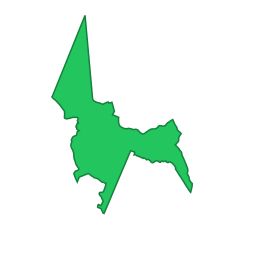 outline of Kisumu East, Nyanza, Kenya, rotated 112°
{"feature_id": "3690345B94932158837865", "entity_name": "Kisumu East", "entity_type": "district", "adm_level": 2, "iso_a3": "KEN", "parent_name": "Kenya", "parent_adm1": "Nyanza", "projection": "orthographic", "projection_center": [34.812, -0.082], "detail": "fine", "context": "isolated", "style": "filled", "palette": "green", "viewbox_px": 256, "rotation_deg": 112, "n_neighbors": 0, "source": "geoboundaries", "source_scale": "gbopen_adm2", "svg_char_len": 5597}
<svg xmlns="http://www.w3.org/2000/svg" viewBox="0 0 256 256"><g transform="rotate(112 128 128)"><path d="M103.4,89.7L104.1,90.3L104.8,90.7L105.4,91.2L106.0,91.6L106.6,92.0L107.2,92.3L107.9,92.8L108.6,93.3L109.2,93.6L110.0,93.9L110.8,94.0L111.7,94.3L112.3,94.9L112.9,95.7L113.3,96.4L113.4,97.2L113.5,98.1L113.8,99.1L114.1,99.8L114.7,100.3L115.3,100.6L116.3,100.7L117.2,101.2L117.8,101.8L118.5,102.3L118.8,102.8L119.1,103.4L119.4,104.2L119.6,104.9L120.0,105.6L120.5,106.2L121.1,106.8L121.6,107.3L122.1,107.7L122.9,108.2L123.8,108.7L124.7,109.4L125.6,109.9L126.3,110.3L127.0,110.7L127.8,111.5L128.1,112.5L128.0,113.2L127.8,113.9L127.8,114.6L127.7,115.2L127.3,115.9L126.9,116.6L126.5,117.4L126.2,118.0L126.1,118.9L126.2,119.8L126.5,120.9L127.1,121.7L127.5,122.5L127.5,123.1L127.5,124.0L127.6,124.8L127.7,125.4L127.9,126.3L128.1,127.3L128.6,128.1L129.1,128.9L129.4,129.6L129.7,130.3L129.8,131.2L129.8,132.2L129.8,133.3L129.7,134.3L129.4,135.6L128.9,136.7L128.1,137.5L127.4,138.2L126.4,138.7L125.5,139.2L124.3,139.7L123.3,140.1L122.3,140.5L121.6,140.6L121.5,147.4L117.7,146.8L110.2,152.5L112.1,155.0L111.3,155.9L112.2,157.3L113.9,158.9L114.4,159.2L114.9,159.9L115.5,160.2L115.5,160.9L115.4,161.9L115.5,163.0L115.5,164.1L115.7,165.1L115.9,166.1L115.9,167.1L115.8,168.5L115.7,169.3L115.5,170.2L115.0,171.0L114.1,171.8L39.7,210.0L126.9,210.0L127.7,210.2L128.1,209.5L128.4,208.9L128.7,208.2L129.0,207.4L129.2,206.4L129.6,205.3L130.0,204.3L132.1,200.0L136.0,193.5L136.7,193.0L137.8,192.5L138.6,192.1L139.3,191.8L140.2,191.5L141.3,191.2L142.1,190.9L142.7,190.2L142.7,189.2L142.5,188.3L142.1,187.6L141.7,187.0L141.3,186.5L140.9,185.8L140.5,185.3L140.1,184.8L139.6,184.2L139.3,183.7L138.9,183.2L138.5,182.4L138.1,181.4L137.8,180.6L137.5,179.7L137.1,178.4L137.7,177.9L138.5,177.6L139.3,177.7L140.2,177.7L140.8,176.9L141.5,176.9L141.7,176.2L142.2,176.0L142.1,176.7L142.7,176.6L143.3,176.7L144.0,176.8L144.5,176.5L145.2,176.9L145.9,176.9L146.7,176.4L147.0,175.6L147.6,175.4L148.3,174.9L148.4,174.0L148.9,173.1L148.9,172.4L149.4,172.8L149.9,173.5L150.7,173.7L151.7,173.4L152.5,173.3L153.2,173.1L153.8,173.1L154.3,173.3L154.9,174.1L155.6,174.6L156.2,175.3L156.8,175.7L157.5,175.8L158.3,176.0L159.0,176.0L159.7,176.1L160.3,176.0L160.8,175.8L161.4,175.1L162.2,174.9L163.1,174.9L164.1,174.8L164.7,174.7L165.4,174.5L166.2,174.1L166.9,173.5L167.7,172.8L168.4,172.0L169.1,171.1L169.9,170.4L171.0,169.5L172.0,168.8L173.3,168.1L174.7,167.5L175.3,167.2L176.0,166.8L176.7,166.3L177.3,165.8L178.0,165.2L178.7,164.6L179.2,164.2L179.7,163.8L180.3,163.3L181.2,162.5L181.7,161.9L182.1,161.4L182.5,160.8L182.9,160.3L183.4,159.5L183.8,158.7L184.4,158.3L185.0,158.3L185.6,158.5L186.4,159.0L187.1,159.7L187.3,160.3L187.8,160.7L188.7,160.6L189.3,160.9L190.0,161.2L190.9,160.9L194.3,157.8L197.1,154.8L191.8,154.8L185.4,148.1L185.0,147.2L185.2,146.6L185.5,145.6L185.8,144.9L186.0,144.2L186.2,143.2L186.2,142.1L186.5,141.4L186.8,140.9L186.7,140.2L186.5,139.4L186.5,138.3L186.4,137.2L186.5,136.4L186.7,135.8L187.0,135.1L187.1,134.2L187.4,133.5L187.8,132.8L187.8,132.0L187.8,131.3L187.6,130.5L187.6,129.6L187.8,128.5L187.6,127.7L188.6,127.3L189.5,127.3L190.3,127.2L191.1,127.1L191.7,127.0L192.4,127.0L193.4,127.0L195.3,126.9L195.9,127.0L196.6,127.2L197.2,127.8L197.6,128.5L197.9,129.3L198.3,130.0L198.9,130.2L199.5,130.2L200.4,129.7L200.9,128.9L201.3,128.2L201.6,127.5L201.9,126.9L202.4,126.5L202.9,126.1L203.5,125.5L204.1,124.8L204.5,124.2L205.0,123.9L205.9,123.7L206.6,123.7L207.3,123.8L210.1,124.1L210.1,125.3L210.0,126.8L210.6,127.0L211.2,126.9L211.9,126.8L212.8,126.5L213.0,125.7L212.9,124.9L212.8,123.7L213.0,122.9L213.3,122.3L213.9,121.7L214.4,121.2L214.8,120.7L215.8,119.7L216.3,119.1L216.2,118.2L201.2,117.9L183.6,117.7L151.5,117.1L148.0,117.0L147.9,112.6L150.7,112.3L150.3,111.8L150.0,111.2L150.2,110.0L150.5,109.1L150.2,108.6L150.5,107.7L150.2,106.9L150.3,106.1L150.3,105.3L150.5,104.6L150.5,104.0L150.1,103.5L150.4,102.9L150.4,102.3L149.8,101.8L149.8,101.0L150.1,100.1L150.4,99.4L150.5,98.6L149.6,98.0L149.5,96.9L150.0,95.9L150.1,95.0L150.8,94.1L151.1,93.1L151.0,92.3L150.5,91.5L149.7,90.9L148.8,90.5L148.3,90.1L148.0,89.5L147.5,89.1L147.5,88.2L147.7,87.3L147.5,86.6L147.9,85.8L147.5,84.9L146.6,84.7L145.7,84.0L146.0,82.9L145.5,81.9L144.8,81.3L144.8,80.6L144.6,80.0L145.1,79.7L145.2,78.9L145.2,78.3L144.9,77.7L144.3,77.4L143.8,76.7L143.6,75.9L143.9,75.4L143.7,74.7L144.0,73.9L144.3,73.2L144.9,72.2L145.2,71.3L145.6,70.5L146.3,69.9L146.8,69.1L147.3,68.7L148.2,68.7L150.4,65.5L150.8,64.9L151.2,64.4L152.4,62.9L152.8,62.1L153.2,61.6L153.9,60.6L155.5,58.3L157.0,56.3L157.4,55.7L157.9,55.1L159.4,53.0L160.0,52.2L160.5,51.4L161.4,50.1L161.9,49.4L163.2,47.6L163.9,46.5L164.2,45.8L163.1,45.9L161.6,46.2L160.5,46.3L159.6,46.5L158.4,46.7L157.0,47.0L156.3,47.3L155.3,47.7L155.0,48.6L154.6,49.6L154.2,50.1L153.8,50.6L153.4,51.1L152.9,51.6L152.3,52.2L151.6,52.6L150.9,52.9L150.2,53.5L149.7,54.1L149.2,54.7L148.7,55.3L148.4,55.8L146.3,56.3L145.5,56.4L144.7,56.8L143.7,57.2L143.1,57.8L142.6,58.2L142.0,58.6L141.2,59.5L140.0,60.5L139.4,61.1L138.5,62.0L137.8,62.7L137.3,63.2L136.6,63.9L135.5,65.0L132.7,68.0L131.6,68.4L130.9,69.0L130.3,69.6L129.8,70.5L129.5,71.1L129.2,71.8L128.6,72.3L128.1,73.1L127.7,73.9L127.4,74.5L127.1,75.2L126.7,76.0L126.4,77.0L126.0,77.8L125.4,77.5L124.8,77.4L124.1,77.2L123.4,77.0L122.3,76.5L121.6,76.2L120.9,76.4L120.0,76.5L119.1,76.9L118.4,77.3L117.6,77.2L116.9,77.3L115.9,77.1L114.9,77.0L114.1,76.6L113.4,76.6L112.9,77.2L112.5,78.1L112.3,78.7L112.2,79.3L112.0,79.9L111.6,80.6L111.3,81.3L110.6,82.0L109.9,82.4L109.4,82.8L108.9,83.3L107.3,85.7L103.4,89.7Z" fill="#22c55e" stroke="#15803d" stroke-width="1.5"/></g></svg>